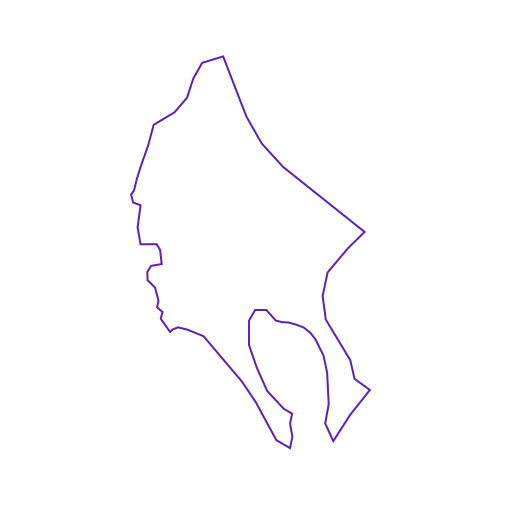 the Province of Rizal, rotated 341°
{"feature_id": "PHL-2567", "entity_name": "Rizal", "entity_type": "Province", "adm_level": 1, "iso_a3": "PHL", "parent_name": "Philippines", "parent_adm1": "", "projection": "albers", "projection_center": [121.246, 14.591], "detail": "fine", "context": "isolated", "style": "outline", "palette": "violet", "viewbox_px": 512, "rotation_deg": 341, "n_neighbors": 0, "source": "natural_earth", "source_scale": "10m", "svg_char_len": 999}
<svg xmlns="http://www.w3.org/2000/svg" viewBox="0 0 512 512"><g transform="rotate(341 256 256)"><path d="M289.9,56.6L292.3,120.9L298.0,151.4L310.6,180.6L366.5,268.6L345.5,278.6L318.3,294.9L306.0,315.5L301.3,338.8L311.2,385.1L309.2,404.2L320.0,419.8L293.1,437.0L268.8,456.2L266.9,436.9L276.4,420.0L285.2,389.8L287.4,372.2L285.1,354.4L282.4,346.3L277.8,339.1L271.6,334.0L265.0,329.4L259.1,327.0L253.7,323.5L248.2,310.4L237.6,306.8L228.4,314.8L220.4,337.9L220.4,361.8L222.6,387.2L232.5,409.5L238.8,416.8L233.7,425.5L231.5,438.9L225.6,448.7L215.3,436.8L208.2,394.1L201.7,369.8L180.3,314.8L166.9,303.1L159.1,298.1L153.3,298.3L150.0,299.8L145.5,284.2L149.4,278.5L145.8,272.4L149.2,266.6L150.3,253.1L145.6,243.6L148.1,235.5L153.6,231.2L164.2,232.9L167.3,219.1L165.9,212.5L150.6,207.3L153.4,190.3L163.4,170.4L157.3,165.5L157.9,157.2L161.8,154.6L168.7,143.9L176.8,133.0L189.9,116.5L202.0,98.6L225.8,93.6L242.4,83.8L254.3,68.0L268.0,55.8L289.9,56.6Z" fill="none" stroke="#5b21b6" stroke-width="2"/></g></svg>